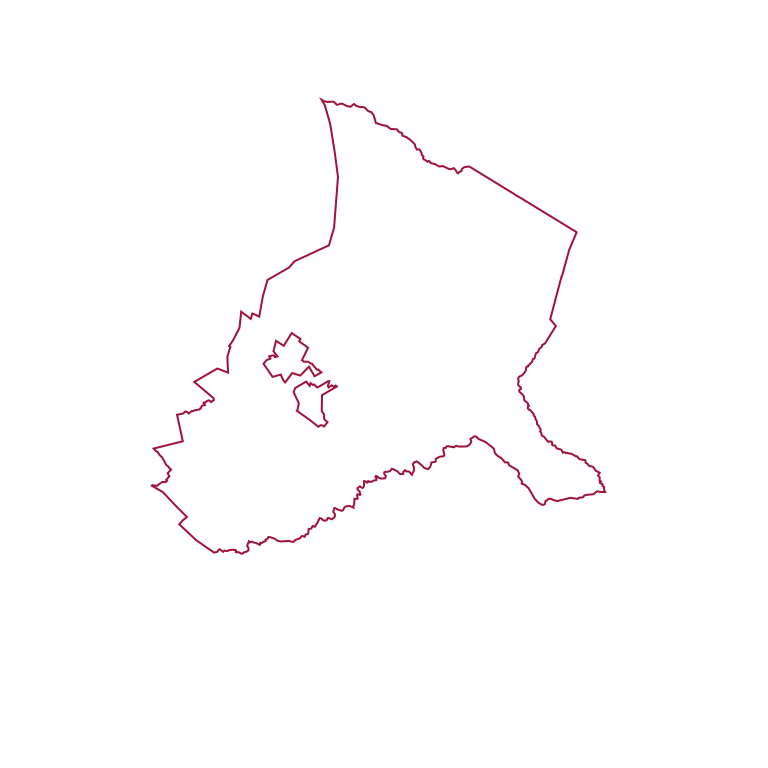 the district of Kwekwe, Midlands, Zimbabwe, rotated 132°
{"feature_id": "62879985B25079588336993", "entity_name": "Kwekwe", "entity_type": "district", "adm_level": 2, "iso_a3": "ZWE", "parent_name": "Zimbabwe", "parent_adm1": "Midlands", "projection": "equal_earth", "projection_center": [29.733, -18.821], "detail": "fine", "context": "isolated", "style": "outline", "palette": "rose", "viewbox_px": 768, "rotation_deg": 132, "n_neighbors": 0, "source": "geoboundaries", "source_scale": "gbopen_adm2", "svg_char_len": 6156}
<svg xmlns="http://www.w3.org/2000/svg" viewBox="0 0 768 768"><g transform="rotate(132 384 384)"><path d="M214.5,620.6L216.6,614.2L226.9,597.8L244.3,576.2L261.0,556.7L301.1,525.8L317.7,517.7L352.5,532.6L361.0,532.5L384.6,540.2L399.9,532.7L417.4,521.8L419.6,529.0L424.8,526.6L425.8,538.5L438.9,529.0L453.0,525.3L459.5,524.5L459.1,523.1L468.6,518.6L479.9,507.5L484.0,518.2L509.4,526.4L508.6,501.0L509.7,499.8L513.2,500.4L513.0,502.5L513.6,503.5L515.7,504.4L517.6,504.3L518.3,505.6L518.9,505.4L519.6,503.0L522.0,504.8L524.5,503.9L525.1,504.3L526.2,504.0L530.6,507.4L531.8,507.6L532.6,508.7L536.5,509.3L536.5,511.5L537.4,513.3L540.3,513.5L545.3,517.2L561.2,495.2L586.1,512.0L586.5,509.3L586.0,506.5L586.9,503.3L587.0,499.9L589.9,491.3L589.6,489.1L590.1,487.6L590.1,484.9L595.0,485.1L596.4,481.7L601.0,481.7L601.2,480.3L603.1,480.7L605.1,483.1L606.0,483.5L611.6,484.6L614.2,488.5L614.9,488.5L612.3,475.9L613.9,456.7L614.7,441.5L620.9,442.4L625.3,442.2L625.7,418.7L623.0,397.5L620.5,395.7L617.0,395.8L616.6,395.0L616.4,391.3L614.7,391.2L612.8,388.4L611.4,388.1L608.5,385.7L606.7,383.1L606.7,382.5L608.0,381.9L608.0,381.3L606.3,379.6L605.6,376.6L604.7,375.6L603.2,375.6L600.4,373.9L598.2,373.4L596.3,375.4L596.0,377.3L593.1,378.6L592.4,378.2L591.3,379.1L591.0,377.8L589.3,376.4L589.1,374.9L587.8,372.8L586.7,368.8L586.3,368.6L584.9,369.6L583.8,368.4L582.5,368.4L580.0,366.8L579.0,367.9L576.9,367.0L575.6,367.6L574.5,367.1L572.1,361.8L571.8,358.6L571.2,357.3L569.6,354.8L563.8,349.2L563.4,347.6L561.7,345.5L559.3,345.6L555.1,343.3L551.9,343.3L550.5,340.7L548.5,341.5L546.0,340.2L542.2,342.9L539.9,341.3L537.3,342.0L536.6,340.1L535.8,339.7L534.4,340.5L533.4,340.2L526.7,342.1L525.8,340.2L526.0,338.1L525.2,336.5L523.3,335.5L521.1,336.1L520.4,335.1L519.6,332.3L516.4,331.6L514.8,332.2L513.6,333.4L512.9,336.2L509.5,337.9L508.9,337.2L508.2,334.2L506.5,330.5L505.3,330.0L501.7,330.9L500.3,330.3L497.7,328.0L496.3,324.0L495.6,325.1L493.7,325.4L489.1,329.1L487.4,327.1L486.7,326.9L484.7,329.6L483.6,329.8L482.4,327.6L481.9,327.6L480.3,330.1L480.0,333.1L479.4,333.9L476.7,333.7L476.1,333.1L475.9,330.9L475.0,330.1L473.2,330.6L469.5,333.8L469.1,333.7L468.5,330.5L467.6,330.2L466.8,330.7L465.4,328.0L462.5,327.0L460.6,325.4L459.5,326.1L458.7,328.3L457.7,328.4L457.2,327.0L457.2,325.1L456.1,322.7L453.5,320.2L451.2,320.8L450.6,323.8L449.5,324.7L448.4,324.3L447.3,323.0L444.6,321.2L441.9,321.5L441.2,320.4L439.9,315.7L440.3,312.9L440.0,311.4L437.9,309.6L436.3,310.9L433.9,310.6L434.0,308.9L432.6,307.4L432.3,306.1L432.9,303.0L432.7,302.5L428.1,304.0L426.2,305.7L424.2,309.0L421.8,309.1L419.6,307.9L419.1,302.3L419.4,297.7L417.8,294.3L414.5,294.2L410.5,296.2L407.9,294.0L406.8,293.9L405.1,295.5L400.6,293.9L398.3,291.7L397.0,291.3L396.2,291.8L393.2,296.0L391.6,296.7L390.1,295.3L388.8,295.8L387.6,295.1L384.3,289.7L381.9,289.2L380.0,286.0L375.2,280.9L372.6,279.9L370.2,280.0L368.4,280.6L367.0,283.0L362.4,281.8L361.4,280.4L361.5,276.8L359.2,269.9L358.6,262.0L358.6,259.0L360.8,255.8L361.5,252.7L360.6,246.7L361.3,241.7L359.3,239.2L360.7,236.7L358.7,227.0L360.2,223.4L363.0,222.4L363.5,217.7L364.5,215.7L365.7,215.3L365.8,214.3L364.7,211.8L364.7,206.7L368.5,195.0L368.9,190.4L368.2,186.0L366.9,184.6L365.7,184.1L362.8,185.7L361.2,184.9L359.5,185.1L357.8,183.4L356.3,179.1L354.8,176.7L343.8,169.3L339.6,163.0L338.2,163.1L335.0,160.3L333.0,160.5L331.6,159.9L325.6,154.5L321.3,154.0L319.9,151.6L316.3,147.4L315.1,150.0L313.3,151.5L313.5,153.4L312.2,154.5L312.1,155.0L313.1,156.9L312.6,158.1L311.9,158.4L311.3,157.9L311.2,159.6L309.2,160.9L308.8,163.7L305.6,164.4L306.8,168.4L306.0,171.4L305.8,173.7L307.7,176.8L307.2,179.7L307.6,181.5L306.0,183.1L306.0,183.7L308.8,187.9L309.1,189.2L308.5,192.2L309.3,193.0L310.4,197.7L312.8,202.0L313.7,202.7L313.7,204.2L315.4,205.2L314.1,208.2L316.3,212.6L315.2,215.7L316.8,217.7L316.6,218.5L314.9,220.0L314.7,220.9L316.4,223.1L317.0,223.2L317.1,224.0L316.1,230.2L316.8,232.2L315.0,234.5L314.8,236.2L313.6,236.5L312.9,237.5L311.7,240.7L311.4,243.5L309.7,244.9L308.4,248.2L307.2,249.9L307.4,251.6L306.2,252.8L305.5,257.8L306.1,258.8L305.9,260.8L304.2,262.2L303.4,261.7L303.2,262.8L302.3,263.6L302.0,264.7L302.3,268.5L299.7,271.8L299.2,273.8L299.1,278.3L298.2,279.4L297.5,279.6L296.3,278.8L295.0,279.9L295.2,281.6L294.9,283.8L292.8,285.4L291.9,285.5L290.6,287.7L288.1,288.5L285.1,287.1L280.8,287.3L279.2,287.6L276.2,289.6L274.5,288.7L273.6,289.3L272.0,288.7L270.8,289.1L268.9,288.7L265.9,290.0L264.3,289.3L259.3,291.7L257.3,290.9L254.3,292.1L250.7,291.7L249.3,292.5L245.9,291.5L225.9,295.1L224.7,303.8L185.3,324.0L185.0,323.8L160.2,336.2L142.3,342.4L154.8,409.5L155.4,411.0L155.6,413.7L165.1,465.1L165.7,466.6L169.3,469.5L172.3,470.0L173.8,468.9L175.9,469.9L177.8,469.9L178.0,471.2L177.0,474.3L176.9,476.6L179.4,477.9L180.7,479.4L182.6,485.9L185.5,488.6L186.3,492.6L188.5,497.4L188.0,499.3L188.6,500.2L189.7,500.3L190.0,503.6L190.5,504.7L190.3,505.9L188.5,506.9L188.5,508.9L186.9,511.3L186.0,514.8L187.7,516.4L186.9,519.1L185.3,521.4L184.9,528.6L185.4,530.1L185.3,531.7L187.0,536.3L185.4,538.9L186.4,540.4L186.6,543.2L186.0,544.6L190.0,549.8L190.4,554.9L191.9,556.9L195.5,564.6L191.1,571.6L190.5,575.5L191.8,578.3L191.4,582.8L192.1,584.8L194.3,587.1L195.8,590.7L196.0,593.7L200.4,594.4L202.2,597.5L203.6,602.5L205.0,603.9L207.5,605.3L208.1,606.2L207.8,609.5L208.3,610.9L212.4,614.9L213.8,617.6L214.5,620.6ZM424.7,440.8L421.3,451.4L433.8,451.9L437.2,459.5L449.0,458.5L448.6,461.3L446.1,467.0L453.3,471.6L449.6,487.0L445.0,487.3L441.1,485.4L440.2,487.8L437.1,485.7L436.4,484.5L437.0,482.9L434.7,481.7L433.7,488.0L424.2,493.1L422.7,484.1L407.9,486.7L406.5,476.2L409.1,475.5L407.8,464.7L421.2,460.9L421.1,458.7L418.3,455.3L417.9,452.8L417.2,451.2L418.2,443.4L417.3,442.7L417.3,438.3L424.7,440.8ZM450.2,400.4L455.7,400.1L456.0,402.2L457.2,403.6L459.7,404.2L460.4,414.9L462.2,430.9L460.9,431.1L455.3,434.4L450.6,445.6L446.4,447.3L434.3,443.5L435.1,438.0L432.5,439.2L432.4,436.3L431.1,435.6L431.3,432.6L431.1,431.1L419.4,427.4L418.5,426.6L423.1,424.3L423.6,422.8L420.0,422.0L419.6,419.7L417.5,418.9L417.5,417.4L433.8,422.6L445.9,412.0L446.6,408.8L447.4,407.3L449.0,406.3L450.2,404.5L450.2,400.4Z" fill="none" stroke="#9f1239" stroke-width="2"/></g></svg>